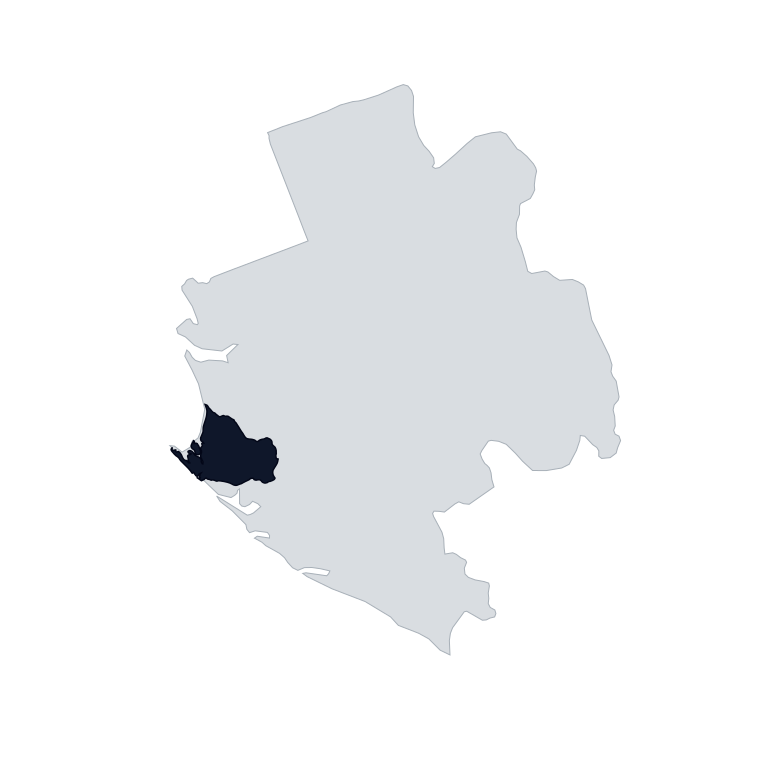 Bendjè, Ogooué-Maritime, Gabon shown in context, rotated 339°
{"feature_id": "22940354B80874584292882", "entity_name": "Bendjè", "entity_type": "district", "adm_level": 2, "iso_a3": "GAB", "parent_name": "Gabon", "parent_adm1": "Ogooué-Maritime", "projection": "natural_earth1", "projection_center": [9.224, -0.836], "detail": "fine", "context": "in_parent", "style": "filled", "palette": "ink", "viewbox_px": 768, "rotation_deg": 339, "n_neighbors": 0, "source": "geoboundaries", "source_scale": "gbopen_adm2", "svg_char_len": 7974}
<svg xmlns="http://www.w3.org/2000/svg" viewBox="0 0 768 768"><g transform="rotate(339 384 384)"><path d="M514.9,119.9L514.6,126.1L508.5,141.3L505.6,153.1L504.9,165.6L506.6,175.6L509.5,182.8L511.4,190.6L510.0,196.1L507.0,198.4L509.0,201.1L513.5,201.8L521.0,199.4L532.7,195.2L547.9,189.2L557.9,186.0L574.4,188.0L583.2,190.3L587.7,194.5L592.6,212.5L595.0,215.2L599.0,222.8L602.4,232.0L603.1,236.6L602.7,240.0L599.4,245.0L595.6,252.2L594.3,256.7L591.1,259.9L587.1,263.2L576.1,264.5L574.4,266.4L571.3,274.1L565.5,280.7L562.8,286.9L560.5,295.2L560.9,305.5L559.8,320.3L558.6,330.3L561.5,333.8L574.7,336.2L577.2,338.2L580.7,344.4L585.2,350.2L597.3,353.9L602.0,358.3L605.8,363.2L606.3,367.2L603.5,383.3L600.9,398.7L601.9,410.4L602.9,421.6L604.3,437.9L603.7,447.9L600.3,453.9L600.3,458.7L601.8,464.5L598.8,480.3L596.8,483.0L591.4,486.0L588.6,490.3L587.7,497.0L584.8,506.1L581.8,509.5L581.8,513.7L584.7,516.9L584.6,521.6L579.2,527.3L576.0,531.7L568.8,533.8L560.5,531.5L558.6,528.4L560.6,523.4L559.9,519.5L557.1,515.4L552.7,504.7L548.8,502.4L546.6,506.8L539.9,514.9L528.1,525.3L519.8,526.1L504.5,523.0L491.7,518.0L485.7,505.8L481.9,495.8L476.5,484.1L470.4,478.5L463.8,475.0L460.9,474.7L451.5,481.2L448.7,483.8L448.7,489.3L449.6,494.4L451.0,496.8L452.3,500.1L452.1,505.2L450.4,512.0L449.8,519.5L420.4,526.8L415.3,524.2L411.6,520.8L407.2,521.4L394.5,525.2L389.8,522.6L385.1,520.6L383.0,522.2L382.8,525.5L385.0,543.1L384.3,549.8L381.4,558.6L379.9,564.6L387.7,566.2L390.5,569.0L393.2,573.5L397.0,577.6L397.2,580.1L393.0,584.7L391.5,590.4L393.5,594.8L398.8,599.5L406.6,604.3L410.4,607.4L410.0,610.3L406.4,616.5L405.0,621.7L402.6,626.4L403.1,630.7L406.5,634.7L406.2,638.4L403.8,641.1L399.0,640.5L394.9,640.9L391.2,639.8L379.8,625.8L377.3,625.4L360.7,636.1L356.6,640.6L353.1,646.9L348.5,660.6L341.0,652.6L334.5,638.0L326.9,629.0L310.9,614.5L306.7,603.8L288.4,580.3L262.2,556.7L243.2,536.3L240.3,531.7L243.5,532.3L261.8,542.5L264.3,541.3L266.5,539.1L258.5,533.7L251.0,529.5L243.9,526.9L236.8,527.1L232.8,522.8L230.2,516.2L228.9,510.6L225.8,504.7L215.7,492.6L213.3,487.9L207.8,481.5L211.1,480.7L221.9,486.8L222.9,484.3L222.0,480.8L211.1,474.9L205.2,474.6L203.9,470.5L204.7,465.8L196.9,448.1L188.9,434.9L187.6,428.6L209.3,457.4L212.2,457.9L216.0,457.6L225.0,454.4L223.3,450.5L219.3,446.4L215.3,448.3L210.2,448.7L207.5,447.0L206.3,444.0L211.5,430.1L209.2,430.8L207.6,433.3L204.8,434.4L200.5,435.2L189.8,427.7L180.3,407.5L177.8,403.4L175.3,396.4L172.8,393.5L162.0,364.8L166.1,366.9L171.1,375.2L180.7,373.5L184.4,368.7L187.7,368.8L191.1,367.7L195.3,363.2L207.6,343.4L210.9,317.4L209.8,301.9L208.0,286.5L212.1,281.6L213.7,284.9L214.5,290.3L216.4,294.4L220.8,298.0L229.0,298.9L241.6,304.6L246.1,308.3L247.3,301.0L261.8,294.8L257.4,292.6L244.5,295.1L226.8,285.9L221.0,280.0L215.5,268.9L209.8,263.1L210.2,257.8L222.9,253.0L226.3,253.6L227.6,259.3L231.0,261.7L232.3,260.9L232.9,256.0L232.9,242.8L229.1,224.0L230.2,220.4L233.7,219.1L236.8,216.6L239.0,216.1L243.3,216.6L245.5,220.9L246.6,223.3L251.0,224.4L254.5,226.8L257.6,226.1L260.2,223.4L263.9,222.9L275.5,222.9L286.0,222.9L306.9,223.0L327.8,223.1L348.7,223.2L364.4,223.2L364.3,212.5L364.3,195.9L364.2,176.2L364.1,157.4L364.0,140.0L363.9,119.4L364.7,113.4L365.7,111.0L365.4,107.6L381.6,107.4L410.8,108.9L423.6,108.7L427.3,109.0L443.3,107.9L456.2,109.2L461.7,110.7L466.7,111.4L482.2,112.3L502.4,111.2L509.3,111.4L513.1,114.3L514.9,119.9Z" fill="#d9dde1" stroke="#a8b0b8" stroke-width="1"/><path d="M231.1,363.9L230.3,362.9L229.6,362.2L228.9,361.2L228.2,360.2L227.6,359.3L227.0,358.4L226.4,358.0L225.8,357.7L225.0,357.5L224.1,357.2L223.5,356.6L223.0,356.0L222.3,355.8L221.3,355.8L220.0,355.9L218.9,355.7L218.1,355.1L217.7,354.3L217.3,353.5L216.6,352.6L216.3,351.9L216.0,351.1L215.5,350.3L214.8,349.8L214.1,349.0L213.6,347.9L213.2,346.7L212.8,345.4L212.1,344.1L211.8,342.8L211.5,341.3L211.1,340.3L210.0,339.3L209.6,339.0L209.5,343.1L209.2,345.2L208.7,346.6L208.2,347.7L207.4,349.3L206.5,350.8L205.0,352.9L202.7,355.7L200.2,358.9L199.4,360.4L198.3,363.1L197.6,364.3L195.6,366.4L193.5,368.6L193.1,369.5L192.9,370.6L192.9,371.4L193.3,372.1L193.8,372.9L194.1,373.3L194.4,374.4L193.8,374.1L193.3,374.0L192.6,374.3L192.4,375.0L192.3,376.2L192.1,376.9L191.5,377.2L190.7,377.5L190.0,378.0L189.7,378.5L189.7,379.6L189.7,380.8L189.4,381.9L188.9,382.8L188.4,383.5L187.7,384.3L187.2,385.1L186.8,386.2L186.8,387.5L187.0,389.5L187.1,391.9L186.4,393.2L186.2,393.6L185.5,393.0L185.5,391.6L185.6,390.7L186.1,390.0L186.1,387.9L185.7,387.1L185.1,386.3L184.4,385.4L183.5,384.6L182.6,383.6L182.0,382.8L181.7,381.9L181.5,381.0L181.3,379.8L180.9,378.8L180.5,377.9L179.5,377.0L178.6,376.5L177.4,376.5L176.9,376.7L176.7,377.3L176.8,378.2L177.0,378.6L177.6,379.1L178.5,379.7L179.0,380.2L178.3,380.4L177.6,380.4L176.5,380.2L175.8,380.2L175.2,380.5L174.8,381.0L174.7,381.9L174.5,383.3L174.3,384.0L174.0,384.9L174.0,386.1L174.1,386.8L174.5,387.7L174.4,388.1L173.3,387.6L172.9,386.9L172.6,385.8L172.4,384.8L171.7,384.5L171.2,384.2L170.6,383.5L170.1,383.0L169.9,382.1L169.6,380.8L169.5,379.7L169.5,378.3L169.4,377.3L169.0,375.5L168.6,374.5L168.0,373.4L167.2,373.3L166.0,373.2L165.5,372.6L165.6,372.0L166.0,371.1L165.5,370.7L164.7,370.7L163.4,370.5L162.8,370.1L162.6,369.1L162.9,368.7L163.3,367.8L162.9,367.7L162.2,368.3L161.7,369.0L161.7,370.1L162.1,371.5L162.4,372.2L162.7,373.1L163.2,374.5L163.6,375.3L164.1,376.4L164.9,377.5L165.6,378.7L166.0,379.6L166.3,381.2L166.8,382.9L168.8,387.4L171.0,392.3L172.3,395.9L172.6,397.3L172.8,398.2L173.3,398.6L173.8,398.5L174.4,398.2L174.7,398.8L175.0,400.1L175.2,400.8L175.5,402.0L176.0,402.8L176.8,403.2L177.5,403.1L178.4,402.2L178.9,401.8L179.9,401.6L181.1,401.6L180.4,402.0L180.0,402.5L179.4,403.3L179.0,403.8L178.6,404.4L178.6,404.8L178.7,405.2L178.9,405.7L178.5,406.0L178.0,405.9L177.4,405.6L176.7,405.1L175.6,404.0L177.0,406.0L178.6,408.5L179.0,408.9L180.2,408.8L181.4,408.7L182.4,408.5L182.8,408.2L183.7,408.0L184.5,408.3L184.9,409.2L185.3,409.6L185.9,410.0L186.8,410.5L187.5,411.2L188.1,411.8L188.7,412.0L189.5,412.1L190.0,412.3L190.9,412.9L191.6,413.5L192.4,414.3L193.0,414.7L193.7,414.9L194.9,415.0L196.3,415.7L199.8,417.7L202.6,419.6L204.6,421.2L206.2,422.9L207.3,424.2L208.0,424.7L208.8,425.3L209.4,425.5L210.3,425.8L213.8,425.8L215.2,425.9L217.1,425.6L219.6,425.3L222.6,425.1L224.4,424.9L225.0,424.5L225.5,424.3L226.3,424.5L226.8,424.7L227.3,424.8L228.1,425.2L228.4,425.9L228.4,426.6L229.1,427.3L229.9,427.8L230.8,428.1L231.8,428.2L233.4,428.8L234.2,429.4L234.6,430.1L234.8,430.8L235.1,431.6L235.5,432.3L236.2,433.0L236.7,433.4L237.5,433.9L238.0,433.9L238.8,434.1L239.6,434.2L240.1,434.0L240.9,433.9L241.7,433.8L242.9,434.1L245.0,434.1L246.8,433.9L247.4,433.7L248.2,433.2L248.5,432.7L248.3,431.7L248.1,431.1L247.9,429.2L248.1,427.9L248.5,426.4L249.5,424.7L251.6,423.0L254.4,420.9L255.8,419.7L256.8,418.5L258.3,416.1L258.1,415.9L257.4,415.6L256.8,414.9L256.9,413.9L257.1,413.0L257.5,411.8L258.2,410.8L258.7,409.9L258.8,409.2L259.4,407.8L259.7,406.0L259.6,404.0L258.9,402.6L258.3,401.4L258.0,400.3L258.1,399.6L258.4,398.7L258.7,397.5L258.6,396.3L257.8,394.6L257.0,393.8L255.6,392.4L254.5,392.1L253.2,392.3L252.0,392.3L250.2,391.9L248.7,391.8L247.3,391.9L246.4,392.3L245.4,392.4L244.6,392.0L243.7,391.2L243.3,390.2L242.5,389.5L241.3,388.6L240.1,387.9L238.8,387.3L237.9,386.8L236.5,385.9L235.8,385.0L235.2,383.5L234.8,381.6L234.5,379.6L233.8,377.0L233.2,373.9L232.8,371.5L232.4,369.8L232.0,367.5L231.2,365.7L231.0,364.3L231.1,363.9ZM186.3,383.5L187.2,383.1L187.8,382.6L188.4,381.9L188.7,380.8L188.7,378.6L188.8,376.3L188.7,374.7L188.4,374.0L188.3,372.8L187.5,372.0L186.7,371.7L185.9,371.7L185.3,371.5L185.4,371.1L185.8,370.7L186.2,370.3L186.4,369.6L186.2,369.1L185.8,368.6L185.4,369.1L184.8,369.7L184.1,370.2L183.6,370.7L183.0,371.2L182.4,371.9L181.9,372.6L181.7,373.2L181.6,373.7L181.6,374.3L181.7,375.2L181.9,375.7L182.3,376.3L182.7,376.8L183.1,377.4L183.2,378.1L183.3,378.9L183.2,379.9L182.9,380.7L183.1,381.5L183.5,382.4L184.1,382.8L185.1,383.4L185.7,383.5L186.3,383.5Z" fill="#0f172a" stroke="#020617" stroke-width="1.5"/></g></svg>